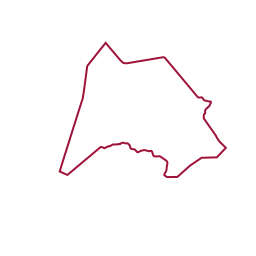 outline of Tamanghasset, rotated 140°
{"feature_id": "DZA-2189", "entity_name": "Tamanghasset", "entity_type": "Province", "adm_level": 1, "iso_a3": "DZA", "parent_name": "Algeria", "parent_adm1": "", "projection": "mercator", "projection_center": [6.568, 24.092], "detail": "fine", "context": "isolated", "style": "outline", "palette": "rose", "viewbox_px": 256, "rotation_deg": 140, "n_neighbors": 0, "source": "natural_earth", "source_scale": "10m", "svg_char_len": 3512}
<svg xmlns="http://www.w3.org/2000/svg" viewBox="0 0 256 256"><g transform="rotate(140 128 128)"><path d="M208.3,138.6L207.3,139.2L206.3,139.9L205.3,140.5L204.4,141.1L203.4,141.8L202.4,142.4L201.4,143.0L200.4,143.7L199.5,144.3L198.5,144.9L197.5,145.5L196.5,146.2L195.5,146.8L194.6,147.4L193.6,148.1L192.6,148.7L191.6,149.3L190.6,149.9L189.7,150.6L188.7,151.2L187.7,151.8L186.7,152.4L185.7,153.1L184.8,153.7L183.8,154.3L182.8,154.9L181.8,155.6L180.8,156.2L179.8,156.8L178.9,157.4L177.9,158.1L176.9,158.7L175.9,159.3L174.9,159.9L174.0,160.6L173.0,161.2L172.0,161.8L171.0,162.4L170.0,163.1L169.1,163.7L168.1,164.3L167.1,164.9L166.1,165.6L165.1,166.2L164.2,166.8L163.2,167.4L162.2,168.0L161.2,168.7L160.2,169.3L159.3,169.9L158.3,170.5L157.3,171.2L156.3,171.8L155.3,172.4L154.4,173.0L153.4,173.6L152.4,174.3L151.4,174.9L150.4,175.5L149.5,176.1L148.5,176.7L147.5,177.4L146.5,178.0L145.5,178.6L143.6,179.8L142.2,181.0L141.2,181.9L140.2,182.8L139.1,183.7L138.1,184.6L137.0,185.6L136.4,186.1L135.6,186.8L134.7,187.7L133.8,188.5L132.9,189.3L132.0,190.2L131.1,191.0L130.2,191.8L129.2,192.7L128.3,193.5L127.4,194.3L126.5,195.2L125.6,196.0L124.7,196.8L123.8,197.7L122.9,198.5L122.0,199.3L121.1,200.1L119.9,201.2L119.3,201.6L118.7,201.9L116.8,202.2L115.4,202.5L112.2,203.2L109.1,203.8L107.6,204.1L104.9,204.7L102.2,205.2L99.5,205.8L96.8,206.3L94.3,206.8L91.8,207.3L90.4,207.6L90.3,184.8L89.9,181.2L88.8,179.7L87.3,178.3L55.5,159.6L54.8,158.6L54.6,158.1L54.7,106.6L54.6,106.3L54.5,106.2L54.4,106.0L51.9,104.1L51.7,103.8L51.6,103.4L51.8,101.8L51.8,100.9L51.7,100.5L51.7,100.2L51.5,99.9L51.4,99.6L49.1,96.5L47.9,95.4L47.7,95.1L47.7,94.9L47.9,94.6L48.1,94.2L48.3,94.1L48.9,93.8L50.0,93.4L51.0,92.7L52.3,92.5L53.1,92.6L53.3,92.6L53.8,92.4L55.9,92.4L56.1,92.4L57.2,92.0L57.6,91.8L57.9,91.6L58.3,91.2L59.2,89.9L59.3,89.8L59.6,89.7L61.1,89.5L61.2,89.4L62.2,88.5L62.6,88.1L63.2,87.4L63.5,87.0L63.7,86.6L63.8,86.2L65.6,65.7L66.4,62.1L66.6,58.8L65.8,49.9L78.8,48.4L90.8,57.9L104.3,59.3L121.6,58.8L128.8,64.6L129.6,65.4L130.1,66.7L130.4,68.7L129.9,69.2L126.0,70.7L122.4,74.1L121.3,74.9L120.4,75.7L119.9,76.5L119.6,77.9L120.0,79.8L121.6,85.4L121.6,85.5L121.8,85.8L122.4,86.4L125.3,88.6L125.8,89.1L126.1,89.6L126.2,90.1L126.2,90.4L126.2,90.6L126.2,91.0L125.0,93.8L124.9,94.2L124.8,94.6L124.8,95.1L124.8,95.3L124.9,95.5L125.0,95.7L126.6,96.5L129.7,100.6L129.9,100.8L130.0,100.9L130.2,101.0L131.7,101.6L132.1,101.9L132.5,102.1L136.1,103.1L136.3,103.5L136.5,104.2L136.6,107.2L138.3,109.2L138.7,109.7L138.9,110.0L139.0,110.3L139.1,110.6L139.1,110.8L139.1,111.1L139.0,111.4L138.3,112.3L138.0,113.2L138.0,113.3L137.9,113.4L137.9,115.2L138.2,116.4L138.3,116.6L138.5,116.9L138.8,117.1L139.7,117.7L139.9,117.9L140.1,118.2L140.5,118.9L140.9,119.5L141.1,119.7L141.2,119.8L141.3,119.9L141.6,120.1L141.8,120.3L142.0,120.4L142.6,120.7L143.2,120.7L143.8,120.7L144.0,120.7L144.0,120.8L144.4,121.1L144.5,121.1L144.8,121.2L144.9,121.3L145.1,121.5L145.3,121.6L145.6,121.5L145.8,121.6L146.0,121.7L146.1,121.8L146.5,122.2L146.6,122.4L146.8,122.5L147.4,122.9L147.5,122.9L147.8,123.0L148.8,124.0L149.0,124.2L149.3,124.3L149.7,124.8L149.9,124.9L150.4,125.2L150.5,125.2L151.4,125.4L152.1,125.4L152.5,125.5L153.6,125.8L154.1,126.2L154.3,126.3L154.7,126.3L154.8,126.3L155.3,126.8L156.7,127.2L157.9,127.4L158.3,127.4L158.6,127.4L158.7,127.5L158.8,127.6L159.0,127.8L159.2,128.0L159.8,129.4L160.1,129.9L160.5,130.4L160.9,130.8L161.1,130.9L161.2,131.0L161.4,131.0L204.6,131.0L206.2,134.3L207.2,136.4L208.3,138.6Z" fill="none" stroke="#9f1239" stroke-width="2"/></g></svg>